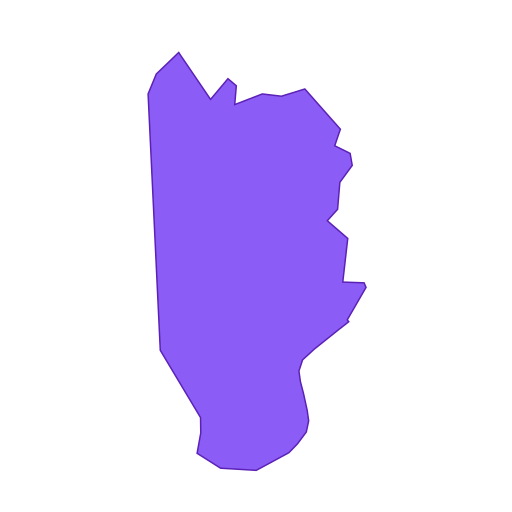 Vale of Glamorgan, Albers equal-area conic projection, rotated 82°
{"feature_id": "GBR-2117", "entity_name": "Vale of Glamorgan", "entity_type": "Unitary Authority (wales)", "adm_level": 1, "iso_a3": "GBR", "parent_name": "United Kingdom", "parent_adm1": "", "projection": "albers", "projection_center": [-3.357, 51.45], "detail": "fine", "context": "isolated", "style": "filled", "palette": "violet", "viewbox_px": 512, "rotation_deg": 82, "n_neighbors": 0, "source": "natural_earth", "source_scale": "10m", "svg_char_len": 700}
<svg xmlns="http://www.w3.org/2000/svg" viewBox="0 0 512 512"><g transform="rotate(82 256 256)"><path d="M455.3,250.7L468.3,285.6L461.2,320.6L443.2,341.8L423.5,335.3L408.3,333.4L336.1,363.9L80.5,340.3L61.9,329.4L43.7,304.2L44.7,303.7L46.1,303.1L94.6,279.2L76.5,259.1L84.7,251.8L103.1,256.0L96.4,227.2L101.3,208.6L97.4,184.4L142.2,154.8L146.3,156.9L157.8,162.7L167.5,148.5L179.7,148.1L194.7,162.7L221.1,168.7L231.0,180.5L251.4,162.7L293.9,173.7L297.6,152.7L302.4,151.4L331.9,174.5L334.0,173.3L340.7,184.9L356.3,211.2L365.3,224.3L375.9,229.5L386.6,229.5L398.8,228.1L416.0,226.8L426.6,226.8L437.3,230.7L447.9,241.2L448.1,241.5L455.3,250.7Z" fill="#8b5cf6" stroke="#5b21b6" stroke-width="1.5"/></g></svg>